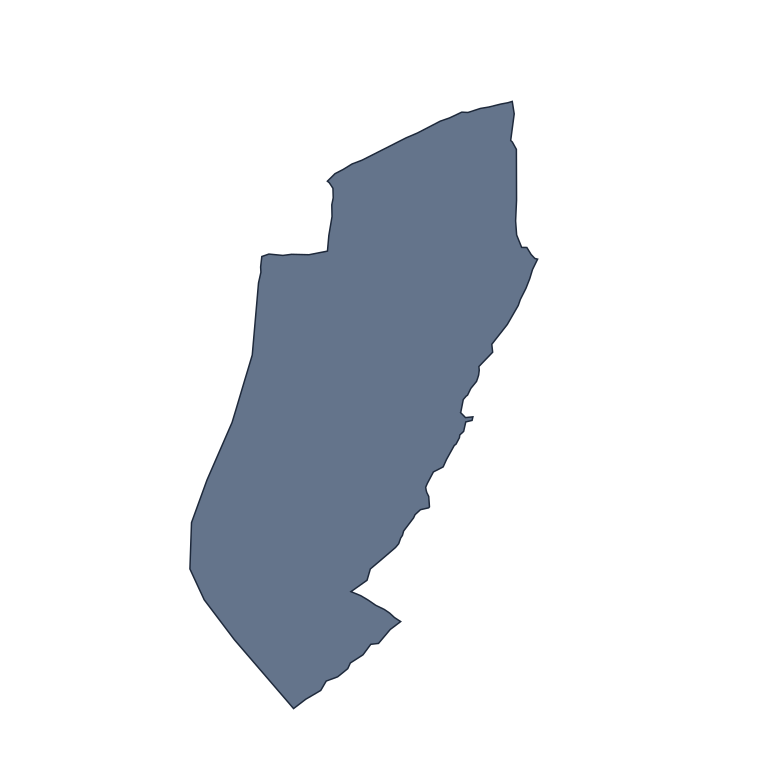 Ukum, Benue, Nigeria (Equal Earth projection), rotated 228°
{"feature_id": "59680162B14415495238729", "entity_name": "Ukum", "entity_type": "district", "adm_level": 2, "iso_a3": "NGA", "parent_name": "Nigeria", "parent_adm1": "Benue", "projection": "equal_earth", "projection_center": [9.596, 7.583], "detail": "fine", "context": "isolated", "style": "filled", "palette": "slate", "viewbox_px": 768, "rotation_deg": 228, "n_neighbors": 0, "source": "geoboundaries", "source_scale": "gbopen_adm2", "svg_char_len": 1729}
<svg xmlns="http://www.w3.org/2000/svg" viewBox="0 0 768 768"><g transform="rotate(228 384 384)"><path d="M534.4,349.1L493.7,305.5L485.4,291.9L480.2,283.3L464.8,258.1L457.1,245.4L448.1,225.6L431.1,188.2L409.8,148.2L376.4,116.0L355.7,109.6L348.8,107.5L344.0,106.0L294.1,101.7L285.8,101.5L215.3,99.9L203.3,99.6L202.1,114.9L198.6,132.0L201.9,142.3L197.4,153.6L196.7,166.6L199.2,172.3L196.8,187.2L199.4,200.0L194.9,206.3L197.4,224.4L196.3,237.4L203.5,235.5L210.0,234.9L216.2,233.4L225.0,229.8L233.8,227.7L242.2,225.1L251.8,220.5L249.5,240.1L255.7,250.1L255.2,265.8L254.8,282.9L254.9,284.0L255.5,288.1L258.4,293.4L259.1,296.3L261.6,300.2L264.7,316.4L266.1,319.6L266.2,327.0L262.1,334.3L262.3,335.6L270.5,342.0L274.8,343.2L276.9,344.3L279.4,345.9L281.2,349.9L285.6,361.9L282.8,372.5L286.1,380.0L291.3,395.1L291.1,397.3L293.6,404.1L295.4,406.2L295.5,411.5L301.1,419.4L298.0,425.1L300.1,428.1L304.5,422.1L311.5,421.8L311.5,422.0L319.4,432.5L320.0,436.8L319.8,438.6L322.6,445.5L324.0,454.5L325.7,457.6L327.3,460.3L330.5,464.0L333.5,466.2L334.9,486.0L341.4,490.7L345.7,515.4L352.5,536.3L355.6,541.9L360.1,553.5L364.7,562.7L369.7,571.0L374.0,581.7L376.4,580.1L381.8,580.0L389.9,581.5L393.4,577.7L406.0,582.3L417.1,590.9L431.9,605.5L469.8,639.4L478.0,641.3L480.2,641.1L497.6,661.5L508.2,668.4L510.1,664.3L513.9,658.1L519.7,647.2L524.3,640.0L529.6,628.1L534.0,623.7L537.9,610.7L541.7,601.7L548.2,576.7L552.1,565.3L565.1,517.3L568.9,507.5L570.8,497.1L573.1,488.4L572.6,477.6L570.1,478.0L563.6,477.0L556.3,470.8L552.1,465.1L543.2,457.4L531.3,442.4L520.6,430.9L530.3,414.7L542.4,401.9L542.5,401.7L547.2,394.9L557.6,385.4L560.5,378.5L553.5,370.6L549.4,367.3L543.1,358.4L534.4,349.1Z" fill="#64748b" stroke="#1e293b" stroke-width="1.5"/></g></svg>